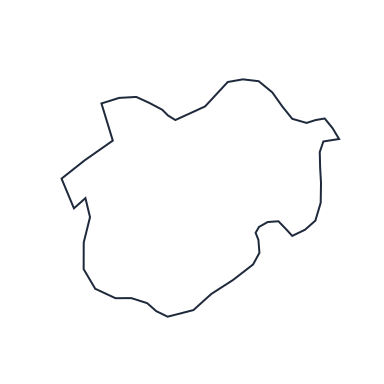 an SVG outline of Saatlı, rotated 115°
{"feature_id": "AZE-1713", "entity_name": "Saatlı", "entity_type": "District", "adm_level": 1, "iso_a3": "AZE", "parent_name": "Azerbaijan", "parent_adm1": "", "projection": "robinson", "projection_center": [48.434, 39.807], "detail": "fine", "context": "isolated", "style": "outline", "palette": "slate", "viewbox_px": 384, "rotation_deg": 115, "n_neighbors": 0, "source": "natural_earth", "source_scale": "10m", "svg_char_len": 778}
<svg xmlns="http://www.w3.org/2000/svg" viewBox="0 0 384 384"><g transform="rotate(115 192 192)"><path d="M165.8,68.1L178.4,73.6L189.4,82.6L185.8,91.4L182.0,101.3L187.2,110.7L195.3,116.5L202.1,117.1L207.3,111.6L218.6,105.2L231.8,106.0L254.5,117.7L276.2,131.4L298.4,140.8L315.3,161.4L315.1,174.0L311.7,185.6L313.8,202.1L320.6,216.5L320.6,238.8L307.7,257.6L283.5,268.8L257.9,273.8L242.6,286.0L256.7,292.1L235.0,315.9L208.7,302.7L178.9,285.5L150.0,311.5L137.5,297.8L129.4,282.7L129.3,268.2L130.0,253.8L132.8,246.1L133.8,237.5L108.9,216.3L77.2,206.1L68.4,193.5L63.4,178.4L67.8,161.3L76.5,146.0L83.3,132.1L81.0,117.4L74.5,110.3L69.3,102.8L74.7,91.7L81.8,81.1L90.7,94.3L101.8,93.1L115.7,86.2L129.5,78.8L147.4,70.8L165.8,68.1Z" fill="none" stroke="#1e293b" stroke-width="2"/></g></svg>